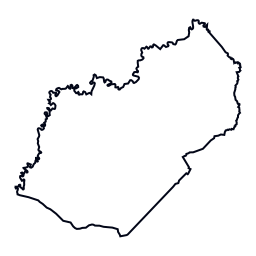 the district of Kaeng Sanam Nang, Nakhon Ratchasima, Thailand
{"feature_id": "78962969B3158146073423", "entity_name": "Kaeng Sanam Nang", "entity_type": "district", "adm_level": 2, "iso_a3": "THA", "parent_name": "Thailand", "parent_adm1": "Nakhon Ratchasima", "projection": "natural_earth1", "projection_center": [102.24, 15.708], "detail": "fine", "context": "isolated", "style": "outline", "palette": "ink", "viewbox_px": 256, "rotation_deg": 0, "n_neighbors": 0, "source": "geoboundaries", "source_scale": "gbopen_adm2", "svg_char_len": 5611}
<svg xmlns="http://www.w3.org/2000/svg" viewBox="0 0 256 256"><path d="M120.3,236.3L126.6,235.1L127.7,234.5L173.2,186.7L175.4,183.9L178.3,183.1L179.1,180.5L186.3,173.3L187.7,174.2L188.1,173.8L190.5,169.1L188.6,168.2L188.9,167.1L182.8,157.0L184.7,155.9L185.6,155.9L186.4,154.7L186.4,153.9L188.6,153.2L189.6,152.4L193.2,152.3L202.9,148.8L210.8,140.4L214.1,138.2L214.5,136.2L218.2,135.7L220.9,134.5L224.3,134.9L224.9,131.9L225.7,130.4L226.7,130.3L227.4,129.7L228.4,130.0L229.3,129.3L231.4,129.7L231.7,128.9L233.5,129.2L234.2,127.4L235.1,126.5L234.8,126.1L235.4,125.7L235.5,124.9L236.6,124.3L236.7,122.6L236.2,120.6L236.8,120.1L237.4,118.1L238.0,117.3L238.0,115.3L239.4,113.2L240.0,112.8L239.2,111.2L239.5,110.3L239.2,107.6L238.2,107.0L239.3,105.4L239.5,104.2L238.9,103.8L238.2,104.1L237.6,103.3L237.1,101.3L235.6,99.8L235.1,96.8L234.4,95.5L234.2,92.9L235.3,89.4L235.4,87.5L235.8,87.0L235.4,85.6L237.2,83.6L237.7,81.3L237.3,81.0L238.4,79.7L237.8,78.2L237.9,76.9L238.4,76.5L236.7,72.2L239.2,71.9L240.3,70.7L240.0,70.5L239.9,68.8L239.3,67.8L240.6,67.3L240.4,66.2L240.1,65.9L240.2,65.0L239.6,64.6L239.9,63.6L238.7,62.7L237.9,63.2L237.6,62.3L236.9,62.7L236.0,62.3L235.3,62.9L234.6,62.5L234.2,62.9L233.6,59.8L233.2,59.1L232.7,59.0L232.2,58.5L231.4,59.1L230.7,58.6L230.7,57.6L229.3,57.2L227.6,55.6L228.0,54.1L227.7,53.3L225.6,52.3L221.8,46.9L209.6,32.9L209.6,31.6L208.5,31.9L208.3,31.4L208.8,31.2L208.8,30.8L208.1,29.6L206.9,29.7L206.7,29.2L207.1,24.8L205.0,27.0L203.6,26.6L203.4,25.5L204.8,24.1L204.9,23.4L204.6,23.2L201.7,22.7L199.8,23.8L199.3,23.7L198.6,22.7L198.8,21.1L198.3,20.4L197.1,20.2L194.9,20.8L194.2,20.6L193.6,19.7L193.0,19.7L192.6,20.5L192.4,22.0L193.1,26.4L193.1,28.1L192.5,29.0L191.7,29.4L190.8,28.9L190.6,27.7L190.2,27.2L189.2,27.8L188.8,30.0L189.2,32.5L188.6,36.2L184.2,39.2L177.8,40.0L176.9,40.9L176.0,43.7L175.2,44.5L173.3,44.1L172.6,42.8L172.0,42.4L168.9,42.1L168.0,42.3L167.5,43.1L167.7,44.3L168.5,45.4L168.2,46.2L166.0,47.0L163.8,45.2L163.2,45.2L160.2,49.1L155.8,45.5L153.9,44.4L153.3,44.8L152.9,46.8L152.5,47.3L151.8,47.4L151.3,46.5L150.3,46.4L148.5,48.7L147.9,48.6L147.1,47.1L146.4,46.7L144.5,48.7L143.0,48.0L141.8,48.3L141.3,49.2L141.2,50.1L142.2,52.7L141.4,53.9L141.3,55.6L141.8,56.5L143.4,57.3L143.5,58.3L142.4,59.5L140.4,60.3L138.6,60.4L137.8,60.8L137.7,62.6L138.2,66.7L136.8,67.7L136.4,68.6L136.9,70.0L138.0,71.1L138.0,71.8L137.6,72.3L136.0,72.0L134.3,72.1L132.9,74.3L133.0,75.1L133.5,75.5L138.3,76.7L139.0,77.9L138.6,79.3L136.0,82.0L134.0,83.0L133.5,82.8L132.7,81.3L131.3,80.2L130.2,80.2L128.1,83.5L124.5,84.0L123.2,87.0L121.1,88.0L119.7,89.5L119.0,89.6L118.4,89.2L118.4,87.5L118.0,87.0L116.4,87.5L115.4,87.3L115.4,84.7L114.8,84.0L111.4,84.3L108.7,85.9L108.0,85.9L107.5,85.4L107.6,84.9L111.1,83.1L111.5,82.4L111.3,81.5L109.4,80.7L108.1,79.7L107.0,79.5L106.1,80.0L105.3,82.0L104.6,82.4L104.2,81.8L103.7,78.4L103.1,77.4L99.8,77.1L96.9,78.1L95.8,75.3L94.6,74.5L93.6,75.2L93.8,76.8L92.6,80.4L91.1,81.4L90.1,82.6L90.2,83.2L91.1,84.0L92.1,83.7L93.1,82.4L94.4,82.7L94.8,83.3L94.3,85.6L91.5,91.5L91.3,94.2L90.0,93.1L89.3,92.9L86.3,94.4L85.2,92.1L83.7,91.4L83.2,91.8L82.7,93.9L82.1,94.4L80.5,94.2L79.5,94.7L78.7,94.5L78.5,94.0L78.8,92.7L78.3,92.0L76.9,93.1L76.1,93.1L74.3,90.8L74.3,89.8L74.8,88.4L76.3,88.3L78.2,87.1L78.1,85.8L77.2,85.0L76.6,85.2L75.3,86.8L73.4,88.3L72.6,88.1L72.4,85.7L72.0,85.1L71.3,84.8L70.6,85.2L70.4,88.5L70.1,88.8L69.1,88.3L68.2,86.3L67.8,86.0L66.0,88.4L65.1,88.8L62.5,88.9L61.3,89.3L59.0,87.9L57.3,88.4L56.3,89.2L56.1,90.1L58.7,91.1L59.4,92.0L57.3,95.5L56.1,96.2L55.6,95.8L55.3,94.9L56.2,93.1L56.0,92.6L53.2,92.8L52.3,91.4L51.2,91.0L50.2,91.3L49.4,92.1L49.3,92.6L49.7,93.6L50.6,94.6L50.0,97.0L50.9,98.1L51.0,98.9L50.2,99.8L48.3,99.8L48.8,100.7L50.1,102.0L49.0,103.3L49.9,103.7L50.9,105.0L53.1,103.1L53.8,103.4L54.8,104.3L55.5,105.5L55.2,108.0L55.0,108.7L54.3,109.0L52.5,108.5L50.9,110.4L49.9,110.0L48.9,108.2L47.8,107.9L47.2,108.1L47.4,108.7L49.1,110.1L49.7,111.7L49.5,114.1L49.8,115.0L48.4,116.1L47.7,116.3L47.0,115.9L47.1,113.3L46.7,112.3L45.2,112.3L44.8,112.7L44.6,113.7L45.8,115.1L47.0,118.5L46.8,118.9L45.7,119.3L45.7,121.6L44.1,122.8L44.2,123.3L45.1,124.1L45.1,125.5L44.8,125.9L44.2,125.8L42.4,124.5L41.2,125.4L41.8,126.4L43.5,126.2L43.9,128.5L43.1,129.4L41.9,129.9L41.3,129.7L40.7,128.8L38.9,128.2L38.0,128.6L37.7,129.6L39.3,135.2L39.0,136.6L37.6,139.1L38.2,141.1L37.8,143.4L39.2,147.0L38.4,149.8L38.8,150.7L40.8,151.8L41.2,152.6L40.8,153.0L39.3,153.1L37.9,155.4L37.7,156.6L38.9,157.7L39.2,158.6L38.9,159.2L38.4,159.4L36.6,158.1L36.0,158.0L36.0,159.1L37.4,160.6L37.7,161.4L37.2,161.6L36.1,160.6L35.5,160.7L35.1,162.9L33.7,164.2L32.7,166.6L31.4,167.6L30.3,167.5L29.9,167.0L30.8,164.5L27.8,163.3L27.4,163.5L27.4,164.0L28.1,165.9L27.7,166.8L26.2,167.5L23.5,167.9L23.6,168.3L27.2,170.9L27.6,171.9L27.4,172.4L26.9,172.5L26.1,171.0L25.4,170.7L24.1,173.6L23.5,173.5L22.1,172.5L21.2,172.9L21.4,173.4L23.3,174.9L23.5,175.6L23.1,176.2L22.6,176.4L21.3,175.9L20.3,176.0L20.0,176.8L20.1,177.7L21.9,180.8L22.6,180.6L23.5,179.5L24.1,179.6L24.4,180.1L24.1,182.4L24.2,184.9L23.7,186.6L23.8,188.9L23.4,189.4L22.7,189.3L22.0,188.2L20.5,187.3L20.2,186.6L20.3,185.1L19.9,184.7L19.0,185.0L18.8,186.4L16.3,186.7L16.1,187.2L15.5,186.9L15.4,187.4L15.9,188.5L17.4,188.2L17.9,188.6L17.8,189.8L17.1,191.5L17.2,192.8L17.7,193.8L17.6,194.4L19.8,195.2L28.6,197.2L38.3,200.4L39.7,201.9L42.7,203.9L46.7,207.6L50.4,209.3L56.1,213.7L63.2,220.8L70.6,222.5L73.2,226.4L75.1,228.1L76.8,228.9L79.9,228.7L82.3,227.9L85.9,227.7L89.0,225.3L92.0,224.5L93.4,224.7L95.0,225.6L99.5,225.7L103.6,226.8L112.4,227.6L117.7,229.2L118.1,231.9L119.8,234.7L120.3,236.3Z" fill="none" stroke="#020617" stroke-width="2"/></svg>